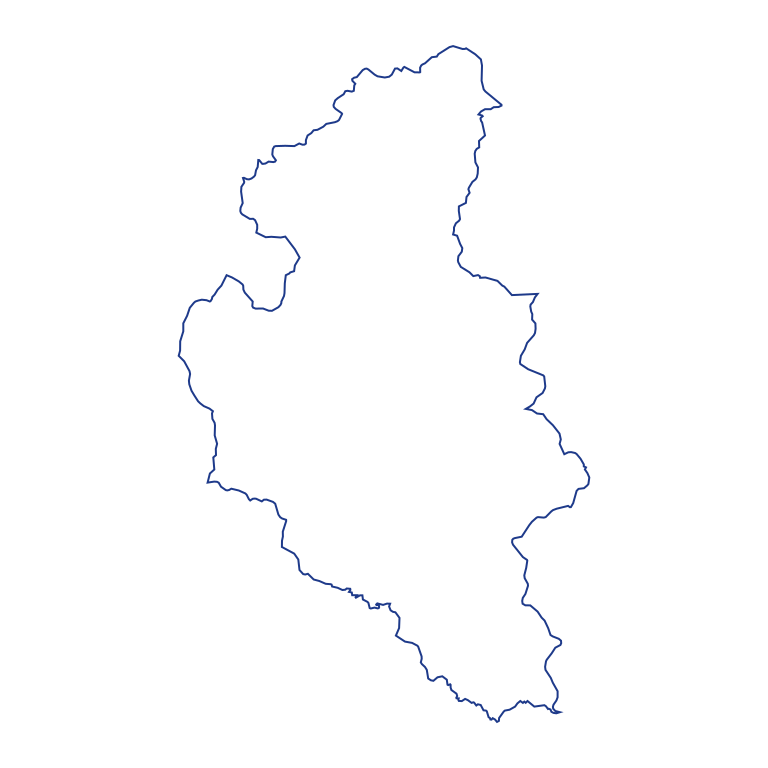 the district of Phu Luong, Thái Nguyên, Vietnam
{"feature_id": "81297802B92827581567655", "entity_name": "Phu Luong", "entity_type": "district", "adm_level": 2, "iso_a3": "VNM", "parent_name": "Vietnam", "parent_adm1": "Thái Nguyên", "projection": "orthographic", "projection_center": [105.735, 21.765], "detail": "fine", "context": "isolated", "style": "outline", "palette": "blue", "viewbox_px": 768, "rotation_deg": 0, "n_neighbors": 0, "source": "geoboundaries", "source_scale": "gbopen_adm2", "svg_char_len": 6079}
<svg xmlns="http://www.w3.org/2000/svg" viewBox="0 0 768 768"><path d="M466.1,48.3L465.1,48.9L462.6,49.0L453.1,46.1L449.5,47.1L438.4,54.1L436.8,56.6L431.8,57.2L425.0,63.3L422.4,64.5L421.2,65.5L420.1,67.7L420.2,72.1L419.8,72.4L414.5,72.3L404.3,66.9L403.4,67.6L401.3,71.0L397.4,68.4L395.0,68.6L391.8,74.6L389.2,76.7L384.8,77.5L377.5,76.3L374.6,74.6L368.4,69.5L366.7,68.6L365.0,68.8L362.7,70.1L356.8,77.1L354.1,77.7L352.1,79.2L352.4,80.8L355.3,83.8L354.3,85.3L353.8,90.8L351.8,91.6L347.5,90.8L345.3,91.2L343.7,94.2L337.8,98.1L335.2,100.4L333.5,105.1L333.8,106.9L335.6,108.9L341.6,113.1L342.1,113.9L339.0,120.0L337.5,121.2L334.9,122.2L326.3,123.9L323.3,126.7L317.5,129.8L313.6,130.3L311.3,133.1L307.6,135.5L305.9,140.1L305.9,143.6L304.5,144.6L302.5,144.7L299.2,143.5L294.4,146.1L285.3,145.8L275.7,146.1L274.2,146.6L272.8,149.1L272.3,154.5L273.0,156.3L275.9,160.3L275.1,161.6L273.4,162.1L268.6,161.6L265.5,163.5L262.9,163.9L262.2,163.8L259.2,160.1L258.3,160.0L257.7,167.0L256.0,170.3L255.1,175.2L254.0,176.6L251.5,178.5L249.0,179.4L246.9,179.2L243.9,177.8L243.0,178.0L244.2,181.7L244.1,182.8L241.4,186.8L241.1,191.6L242.7,203.1L240.6,207.7L240.3,211.0L240.9,212.8L242.3,214.4L249.8,218.9L253.2,218.8L255.1,220.2L257.2,224.8L257.2,228.7L256.3,232.6L265.7,237.2L271.4,236.8L280.7,237.5L285.3,236.6L294.9,249.3L299.6,257.6L294.9,265.4L294.1,271.2L290.2,272.4L289.3,273.5L285.8,275.2L284.8,283.3L284.5,293.1L284.0,296.0L281.4,301.5L281.3,303.2L280.5,304.9L278.4,307.2L272.0,310.8L268.7,310.7L263.0,308.5L255.6,308.6L253.1,307.6L252.3,306.1L252.7,301.5L244.8,292.6L243.4,289.6L243.2,285.7L242.6,284.5L238.8,281.4L231.9,277.4L226.6,275.2L221.4,285.6L217.7,289.6L214.6,294.6L212.3,297.0L211.9,299.0L210.5,301.2L209.8,301.5L206.5,300.2L201.8,299.7L198.4,300.5L195.4,301.5L193.9,302.8L189.8,307.8L187.1,315.8L183.3,323.3L183.3,331.3L180.2,341.3L180.1,350.6L178.7,355.8L184.2,361.3L189.5,371.1L190.1,374.0L188.9,380.7L189.3,384.3L191.5,390.7L194.3,395.4L198.1,401.3L200.3,403.4L203.8,406.1L209.5,408.6L212.9,411.2L212.0,413.4L212.4,418.9L214.6,422.8L215.0,425.4L214.7,435.4L217.1,443.8L215.8,448.9L216.0,455.1L213.3,457.4L214.3,469.5L209.9,473.5L207.6,482.6L214.2,481.6L217.0,481.8L218.7,482.7L221.0,486.7L225.8,490.1L227.3,490.4L229.1,490.0L231.3,488.7L238.8,490.5L245.3,493.4L246.7,494.8L248.9,499.2L250.2,500.5L252.7,498.8L254.3,498.6L256.0,498.7L261.8,501.4L263.9,499.7L266.6,499.6L273.0,501.9L275.2,503.7L278.4,514.6L280.2,517.2L282.1,518.5L286.1,519.8L286.2,521.0L282.8,531.7L282.9,536.5L282.0,540.7L281.9,547.0L294.2,553.6L298.3,559.5L299.5,570.0L303.2,574.1L305.2,574.5L307.9,573.8L313.7,579.5L319.3,581.0L325.7,583.8L330.7,584.2L331.6,584.6L332.1,586.5L337.7,587.8L342.4,590.0L345.3,589.7L346.7,588.5L350.2,588.8L350.4,589.9L349.0,591.9L351.8,592.5L352.2,595.2L357.0,595.2L355.6,597.3L355.9,597.7L360.1,595.3L362.4,595.3L362.9,599.5L367.5,601.9L368.4,602.9L369.7,608.1L370.8,608.5L374.5,607.6L377.7,608.4L378.7,608.1L379.1,607.5L379.0,605.8L378.3,605.0L376.5,605.1L376.2,604.5L377.3,603.4L383.1,604.9L387.0,603.6L390.1,603.7L389.1,606.5L390.6,610.3L392.9,611.8L395.4,612.3L399.5,617.9L399.1,628.1L395.9,635.6L405.0,641.6L412.1,642.9L417.4,645.7L418.2,646.7L421.6,656.4L421.7,658.8L420.8,662.4L421.9,664.1L425.0,667.0L426.8,669.9L428.2,678.5L430.9,680.3L433.4,680.8L437.5,677.3L442.3,676.3L446.8,679.7L447.5,684.7L448.2,685.1L450.2,684.3L450.6,684.8L450.6,687.5L451.4,690.0L456.5,693.7L457.2,696.0L456.3,697.8L456.5,698.3L458.7,698.4L458.3,699.7L458.8,700.9L461.8,701.1L465.1,698.9L467.8,700.1L471.6,702.9L473.3,702.3L474.1,702.6L476.3,705.5L477.9,704.3L480.7,705.0L483.5,710.3L486.0,710.6L486.8,711.3L488.6,717.2L490.0,718.1L490.4,719.5L491.5,719.6L492.7,718.2L495.0,719.5L497.0,721.9L498.9,720.9L499.1,718.0L503.7,711.6L504.8,710.6L509.6,709.7L515.1,706.6L517.4,703.4L520.3,701.0L522.9,702.9L524.3,701.6L525.7,702.8L527.5,701.0L534.3,706.6L544.4,705.2L546.0,706.3L548.0,709.0L548.6,708.7L550.5,709.5L551.4,711.8L553.5,712.9L556.3,713.3L559.9,712.2L555.3,711.0L553.2,708.7L552.9,706.9L553.5,704.7L556.4,700.5L557.6,697.3L557.6,691.2L552.8,682.7L550.8,677.9L545.5,669.9L545.1,666.8L546.0,661.3L546.7,659.8L551.7,653.3L555.3,647.7L560.4,645.0L561.2,643.2L561.0,640.7L558.8,638.8L552.7,636.4L550.5,635.0L548.2,628.2L544.6,620.6L541.6,617.6L537.6,611.6L530.3,605.4L525.3,605.3L522.6,603.7L522.2,600.9L522.8,597.9L525.4,594.0L528.0,585.8L527.8,583.8L524.7,578.2L524.3,575.3L526.2,567.9L527.3,560.6L527.0,559.9L522.9,557.1L513.0,544.7L512.1,542.4L512.3,539.8L513.3,538.7L514.8,538.1L521.7,536.7L529.3,525.1L531.9,521.8L536.6,517.6L538.0,517.1L543.8,517.6L545.7,517.1L551.3,511.4L553.0,510.1L556.7,508.7L568.1,505.9L569.9,507.2L570.9,507.1L573.2,503.1L576.6,490.9L578.5,488.9L584.0,488.2L587.3,485.4L588.4,484.0L589.3,477.5L587.4,473.1L584.9,469.5L586.0,467.4L583.8,466.4L583.8,464.4L580.5,458.7L576.6,454.0L575.1,453.0L571.1,452.1L568.3,452.3L564.3,454.2L559.6,443.9L560.8,439.4L559.5,433.6L552.9,425.2L546.6,419.2L543.2,414.2L537.0,413.5L532.0,410.1L525.8,408.9L529.9,406.5L533.6,403.6L536.5,397.3L542.6,393.0L544.9,388.5L545.3,386.3L544.2,376.5L543.3,375.4L528.1,369.2L520.3,364.0L519.9,362.2L520.9,355.8L524.7,349.4L527.1,342.9L533.8,335.3L535.0,333.0L535.6,328.8L535.4,323.4L532.1,319.6L532.3,314.1L531.2,311.6L530.3,306.5L530.6,304.6L532.9,302.1L534.9,297.4L537.6,293.9L511.9,295.1L504.3,286.6L502.3,285.6L497.5,280.9L485.5,277.5L480.1,277.8L479.8,276.2L478.0,275.1L473.3,276.1L469.5,272.3L460.8,266.9L458.3,262.3L457.9,260.5L458.4,256.2L461.8,251.7L462.3,248.1L460.1,243.9L457.1,235.7L453.1,234.5L454.0,230.6L454.0,227.4L455.9,223.3L459.2,220.6L460.0,219.1L458.8,210.9L458.9,206.4L465.9,202.9L466.5,197.0L469.6,192.8L468.4,189.2L468.9,187.7L472.4,181.9L475.5,179.4L476.8,177.4L477.7,173.6L478.0,167.4L475.4,162.4L474.7,153.7L475.3,151.0L476.7,148.9L479.2,147.4L479.0,141.0L485.0,135.5L482.1,122.4L481.2,121.2L480.5,118.8L480.7,117.9L482.7,116.2L482.1,115.5L478.5,114.5L481.0,111.5L485.0,109.2L490.7,109.2L493.7,107.2L498.6,107.0L501.5,105.6L501.5,104.8L485.4,91.5L483.7,89.4L481.6,80.8L482.0,65.5L480.9,59.4L475.3,54.3L466.1,48.3Z" fill="none" stroke="#1e3a8a" stroke-width="2"/></svg>